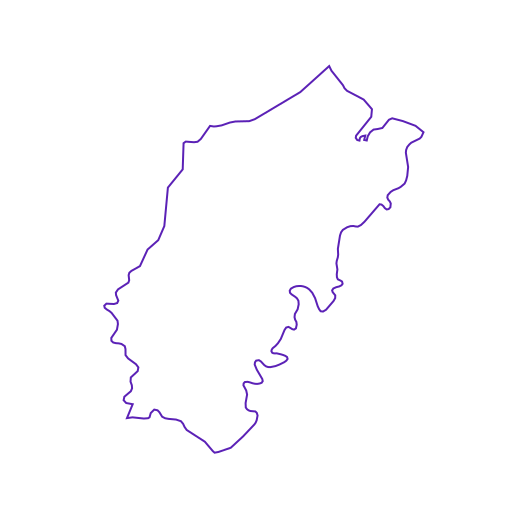 SVG path tracing the border of Somme, rotated 102°
{"feature_id": "FRA-5345", "entity_name": "Somme", "entity_type": "Metropolitan department", "adm_level": 1, "iso_a3": "FRA", "parent_name": "France", "parent_adm1": "", "projection": "albers", "projection_center": [2.405, 49.975], "detail": "fine", "context": "isolated", "style": "outline", "palette": "violet", "viewbox_px": 512, "rotation_deg": 102, "n_neighbors": 0, "source": "natural_earth", "source_scale": "10m", "svg_char_len": 3308}
<svg xmlns="http://www.w3.org/2000/svg" viewBox="0 0 512 512"><g transform="rotate(102 256 256)"><path d="M55.0,223.9L59.1,220.7L70.9,206.4L73.5,204.3L75.5,201.3L80.6,183.2L88.3,173.1L95.9,172.2L117.5,183.1L119.7,183.0L121.5,181.1L121.6,178.8L119.2,178.9L117.8,178.3L116.6,176.8L115.5,174.2L120.0,174.3L120.0,171.7L115.7,171.6L111.3,170.1L107.9,167.3L106.5,163.4L104.5,159.0L95.1,154.3L93.0,151.4L93.5,140.4L95.5,127.0L100.1,117.9L105.1,119.0L107.1,120.3L112.9,127.7L115.0,129.2L117.9,130.7L121.1,131.2L123.8,130.9L137.3,125.7L146.2,124.7L150.9,124.9L154.3,125.7L158.4,128.9L160.1,130.8L163.1,135.4L165.3,137.6L169.1,139.8L171.6,139.7L173.4,138.4L174.8,136.5L176.6,135.1L180.4,134.7L182.5,136.0L183.3,137.8L182.4,139.9L180.7,141.8L179.6,143.9L179.7,145.9L199.9,157.0L203.9,159.8L206.1,162.5L206.4,164.7L206.4,167.0L207.2,169.9L208.9,172.8L212.4,176.5L215.1,177.7L218.5,178.1L232.0,177.4L237.6,175.9L240.4,175.7L244.0,176.0L246.5,175.8L252.2,173.6L257.1,173.2L260.0,172.4L261.8,171.1L262.5,168.1L263.1,166.5L265.2,165.5L266.9,166.3L268.5,168.3L269.8,171.0L271.7,173.6L273.8,174.4L275.4,173.5L278.0,170.3L280.7,169.8L283.9,170.8L294.0,176.3L296.4,178.9L296.6,181.3L294.9,183.2L292.3,185.2L285.0,189.4L280.3,193.3L277.6,197.0L276.6,199.3L276.1,201.4L275.9,203.6L276.0,205.8L276.5,208.0L277.2,210.3L278.5,212.6L280.7,215.1L282.9,215.8L284.9,215.1L286.1,213.3L287.8,209.1L288.9,207.1L291.0,205.2L294.4,204.2L299.5,204.2L304.6,205.9L307.8,205.6L310.1,204.5L312.1,202.8L314.7,201.9L318.5,201.9L320.1,203.5L320.0,205.4L319.2,207.5L318.6,209.5L319.7,211.6L322.4,212.7L332.0,214.5L336.8,216.4L340.0,218.3L342.7,220.5L344.2,221.1L345.8,221.2L347.2,220.1L347.5,219.0L347.4,217.5L346.9,215.5L347.0,211.1L347.2,208.8L347.6,206.5L348.4,204.6L350.1,203.7L352.1,204.6L354.0,206.3L357.3,210.5L359.6,214.0L361.7,218.8L362.1,221.0L361.9,223.1L361.0,225.2L358.1,229.3L357.3,231.5L358.3,234.1L360.2,234.9L362.5,234.7L367.0,231.6L375.0,224.3L377.0,223.4L378.8,224.1L379.9,225.8L380.8,228.0L381.2,230.3L381.2,232.8L380.9,235.4L380.8,238.0L381.6,240.7L383.2,241.6L385.1,241.4L389.6,237.6L393.4,235.9L402.0,235.6L406.3,234.5L407.7,233.0L408.5,231.2L408.8,229.3L408.2,224.3L409.3,222.6L411.7,221.3L416.5,221.2L419.1,221.7L421.0,222.5L433.6,230.2L434.8,230.9L448.8,240.8L455.5,252.0L457.0,255.6L455.8,257.7L448.3,267.4L440.6,287.6L438.0,290.4L435.3,292.4L433.2,295.1L432.6,300.2L433.5,307.7L433.6,311.2L432.7,314.4L428.9,318.0L427.4,320.2L427.4,323.6L431.5,326.3L435.9,326.6L437.1,327.8L438.3,331.9L439.5,343.3L441.4,348.5L426.6,345.8L426.8,352.4L424.6,355.5L421.0,355.5L414.3,350.3L411.2,349.7L408.2,350.6L405.0,352.6L400.8,353.2L393.2,347.8L389.4,347.9L386.8,350.9L382.8,359.8L380.1,363.0L374.2,364.3L371.5,365.6L370.0,369.3L370.0,372.1L370.4,375.0L370.3,377.7L369.0,379.8L366.2,380.5L357.0,376.7L351.3,376.9L348.1,378.0L341.7,385.4L340.4,387.8L339.4,390.7L338.1,393.2L336.2,394.1L333.7,392.4L332.5,385.0L330.9,382.0L328.3,381.4L323.4,384.7L320.9,385.5L317.3,384.0L308.6,375.3L306.1,375.0L301.2,376.6L298.7,376.4L296.5,374.8L290.0,367.4L272.2,363.4L260.8,354.9L245.8,351.9L207.4,356.4L186.5,345.7L160.7,350.3L158.7,348.5L157.6,340.3L156.4,336.9L153.0,334.3L138.3,328.0L138.1,324.2L137.4,321.8L135.4,316.8L130.9,309.3L128.7,304.1L125.5,290.6L122.4,285.6L86.4,246.7L55.0,223.9Z" fill="none" stroke="#5b21b6" stroke-width="2"/></g></svg>